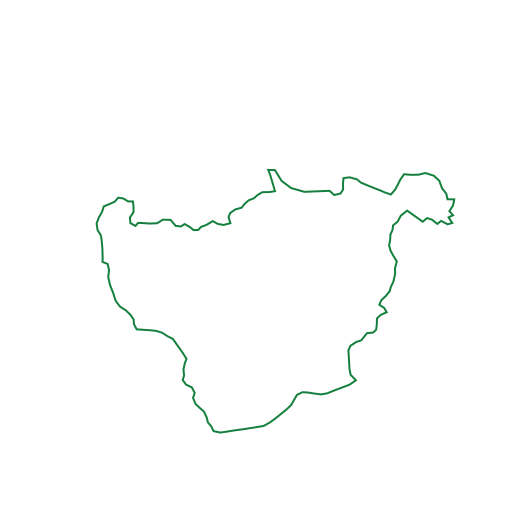 outline of Mato Castelhano, Rio Grande do Sul, Brazil, rotated 305°
{"feature_id": "56859067B22451204874775", "entity_name": "Mato Castelhano", "entity_type": "district", "adm_level": 2, "iso_a3": "BRA", "parent_name": "Brazil", "parent_adm1": "Rio Grande do Sul", "projection": "natural_earth1", "projection_center": [-52.187, -28.262], "detail": "fine", "context": "isolated", "style": "outline", "palette": "green", "viewbox_px": 512, "rotation_deg": 305, "n_neighbors": 0, "source": "geoboundaries", "source_scale": "gbopen_adm2", "svg_char_len": 2449}
<svg xmlns="http://www.w3.org/2000/svg" viewBox="0 0 512 512"><g transform="rotate(305 256 256)"><path d="M311.9,224.6L306.9,222.3L302.1,221.2L297.5,218.1L292.3,216.8L287.3,216.5L282.4,212.4L276.4,210.2L272.1,211.2L268.2,216.2L262.9,211.7L260.4,206.5L259.8,200.6L252.7,197.4L248.4,194.3L244.2,193.7L241.4,190.0L241.8,184.9L241.2,179.2L237.1,177.5L234.6,172.9L236.6,165.4L232.4,158.9L226.1,156.2L221.6,150.3L218.0,144.3L215.5,140.4L211.5,140.0L210.9,134.3L215.2,130.6L221.5,130.6L225.5,127.9L230.1,123.9L227.4,120.0L227.0,114.4L224.8,109.7L219.4,109.1L213.7,105.7L209.4,102.9L203.7,104.6L197.3,105.2L191.2,106.8L186.4,111.3L184.2,116.6L181.2,119.8L177.0,123.4L172.4,127.1L167.4,130.8L163.1,133.7L164.4,139.0L160.2,143.7L153.9,147.1L148.4,153.2L144.0,159.9L138.8,166.7L136.6,173.4L136.8,180.8L135.7,187.3L133.8,192.2L130.1,195.2L127.5,200.3L131.2,206.5L134.3,211.6L137.3,217.0L139.3,223.0L139.5,229.4L140.4,235.4L137.8,242.6L134.7,251.4L131.9,258.0L127.1,259.3L121.4,261.7L116.9,265.6L112.4,267.1L110.5,272.5L111.6,278.8L108.7,284.3L103.7,285.8L100.2,291.2L99.3,297.0L98.7,302.5L95.7,307.9L92.1,312.1L90.8,317.1L88.2,321.7L91.0,328.2L95.0,332.4L98.1,335.6L102.6,340.3L107.3,345.5L110.9,349.1L115.3,353.8L121.4,359.9L128.2,363.1L134.9,365.3L147.8,369.0L154.1,370.3L160.1,369.7L165.7,369.2L171.1,372.2L173.8,376.6L176.8,382.7L180.0,388.7L184.2,393.0L189.9,396.7L198.0,402.2L204.4,406.5L211.5,409.1L213.0,401.5L217.6,397.0L221.4,394.0L231.6,385.9L236.4,384.8L243.0,387.4L247.3,390.6L256.5,391.2L260.4,395.8L264.5,396.7L269.1,394.3L274.2,390.9L279.2,391.9L284.9,395.3L287.0,390.6L286.8,385.0L291.6,384.0L297.9,385.3L303.8,385.7L308.0,384.2L313.6,383.3L321.0,380.3L325.7,376.9L332.4,374.4L334.8,368.7L337.4,363.4L341.1,358.9L345.9,356.8L350.5,353.9L355.9,352.8L359.7,350.7L365.3,352.3L372.1,351.5L379.9,353.8L379.7,372.9L385.2,374.4L386.7,379.3L386.3,386.1L390.9,387.5L391.9,394.8L395.6,397.8L398.1,391.6L402.4,394.0L403.7,388.7L410.5,388.4L416.1,385.9L412.3,380.3L416.2,376.1L418.2,369.5L422.7,363.1L423.8,355.7L421.0,346.9L416.0,342.7L411.6,336.7L407.9,330.4L401.4,330.4L395.9,331.2L390.0,331.9L383.7,331.2L381.9,324.8L380.9,319.8L379.5,314.2L377.6,306.0L376.3,299.8L376.7,294.7L374.1,287.5L370.0,283.0L365.3,285.7L360.4,289.2L355.7,289.4L350.8,285.1L351.6,278.9L336.3,258.8L331.8,245.8L332.0,240.2L332.2,233.9L334.4,228.8L337.2,222.2L333.5,216.7L330.5,221.2L320.0,234.4L316.0,230.2L311.9,224.6Z" fill="none" stroke="#15803d" stroke-width="2"/></g></svg>